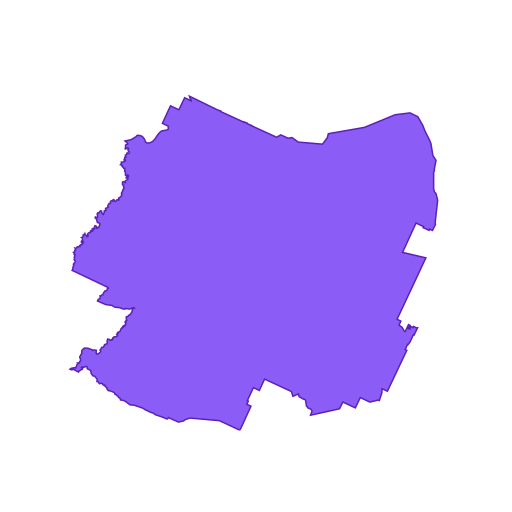 Gilgandra, New South Wales, Australia (orthographic projection), rotated 197°
{"feature_id": "25037944B57868667695206", "entity_name": "Gilgandra", "entity_type": "district", "adm_level": 2, "iso_a3": "AUS", "parent_name": "Australia", "parent_adm1": "New South Wales", "projection": "orthographic", "projection_center": [148.95, -31.633], "detail": "fine", "context": "isolated", "style": "filled", "palette": "violet", "viewbox_px": 512, "rotation_deg": 197, "n_neighbors": 0, "source": "geoboundaries", "source_scale": "gbopen_adm2", "svg_char_len": 6045}
<svg xmlns="http://www.w3.org/2000/svg" viewBox="0 0 512 512"><g transform="rotate(197 256 256)"><path d="M95.8,153.8L95.6,162.0L96.7,165.9L90.8,165.1L84.2,209.9L86.0,210.2L85.2,215.8L84.7,215.7L83.7,218.3L82.4,226.9L81.7,226.7L80.5,234.6L81.5,234.2L84.7,234.7L84.9,233.5L87.1,233.8L87.5,231.0L89.9,231.3L89.8,232.5L88.8,232.4L88.4,234.7L90.1,235.0L91.2,227.4L92.3,227.6L95.6,230.6L99.0,231.7L98.4,236.1L102.6,236.7L93.0,303.9L116.9,302.3L112.6,334.3L104.4,333.1L104.5,332.0L98.0,331.1L98.0,332.5L94.7,332.0L93.6,338.8L94.4,340.2L98.6,362.5L102.2,368.4L104.0,369.4L105.8,372.3L110.6,388.1L110.3,389.9L110.9,391.3L111.8,400.1L116.2,403.8L121.6,414.7L123.6,417.2L131.2,425.2L134.6,429.6L142.0,436.5L150.5,437.9L164.2,431.8L189.9,410.7L222.6,394.1L222.4,390.0L225.1,382.4L248.9,377.3L256.2,379.8L259.8,378.0L267.7,379.1L271.0,375.6L298.9,379.3L298.7,379.5L303.6,380.1L303.5,380.5L306.6,380.8L306.6,380.4L332.1,383.8L332.0,384.3L335.8,384.5L366.4,389.4L365.0,387.4L363.6,386.2L363.3,385.4L370.5,386.5L372.5,373.3L381.7,374.6L384.3,355.5L377.9,354.5L377.0,351.5L378.0,350.4L382.4,348.3L383.7,346.9L385.2,343.8L387.0,338.0L388.5,335.1L390.9,333.0L393.5,332.2L394.9,332.8L396.9,335.2L399.3,336.9L400.9,337.3L403.7,337.1L405.0,336.5L405.6,335.0L409.5,330.7L414.9,327.7L412.2,326.6L411.5,325.8L411.5,325.4L412.7,324.6L413.2,323.8L412.6,322.1L412.5,320.2L411.9,320.3L410.2,321.9L409.8,321.9L409.1,320.7L409.5,320.3L409.2,319.5L408.4,318.7L407.4,318.4L407.6,316.9L408.3,316.6L409.2,317.0L409.5,316.8L409.5,315.1L410.4,314.3L410.1,313.0L409.3,312.5L410.2,311.9L410.3,309.3L409.9,309.0L409.0,309.6L408.7,308.7L410.9,306.7L412.2,306.5L411.8,304.9L412.3,303.7L410.7,303.7L410.3,303.4L410.3,302.6L408.1,301.4L407.9,301.0L407.5,300.9L407.1,301.3L406.5,300.0L406.4,298.6L405.2,297.8L404.6,295.2L403.4,295.0L402.3,296.1L401.2,295.3L401.2,294.6L402.5,294.3L403.2,293.3L402.9,292.6L401.8,292.9L401.0,292.7L401.2,291.6L403.0,289.6L403.1,289.0L402.5,288.0L404.7,288.3L405.3,287.7L404.8,285.8L404.4,285.0L403.2,285.0L402.8,283.2L402.0,282.1L402.7,280.2L402.5,278.6L403.0,277.5L402.9,276.0L402.2,275.2L402.1,274.5L403.6,271.8L404.4,271.3L403.6,270.0L403.6,269.4L405.4,269.2L406.2,267.1L407.6,267.3L408.4,268.4L408.8,268.3L409.2,267.9L408.9,266.7L410.5,266.5L410.9,266.1L411.2,265.2L410.6,264.1L412.1,262.8L412.4,260.5L411.6,259.4L413.8,257.5L412.8,255.6L414.3,254.9L413.9,253.1L414.2,251.1L415.1,251.5L416.4,252.7L416.7,253.7L417.7,253.9L418.4,252.8L418.7,251.3L419.8,251.1L420.1,250.7L419.9,250.2L420.2,249.7L419.6,248.8L418.9,246.5L420.4,246.1L421.0,246.3L421.0,245.5L419.1,244.4L417.9,242.1L417.0,241.6L416.2,241.8L414.5,241.0L414.7,239.5L414.4,238.2L414.9,237.8L415.0,237.1L415.7,236.9L416.1,236.1L416.6,235.8L416.9,236.0L416.7,237.0L417.6,237.9L418.9,237.9L418.8,236.6L419.2,236.1L418.5,234.6L419.0,234.3L420.2,234.5L420.6,234.0L420.4,233.3L419.6,233.1L419.5,232.3L419.9,231.8L421.0,232.0L421.6,231.6L421.1,230.0L422.2,229.8L423.2,228.7L423.5,227.8L423.1,226.9L423.2,226.1L422.5,226.4L422.4,226.0L423.4,224.9L424.1,225.9L425.6,226.6L426.1,227.3L426.1,226.7L426.7,226.5L426.8,226.0L427.5,225.4L426.7,224.7L427.7,223.0L428.2,222.7L427.1,222.3L426.7,220.2L426.2,219.8L426.8,219.9L427.3,219.1L426.9,218.7L427.1,218.2L426.1,217.5L425.8,218.4L425.4,217.8L425.7,217.2L425.3,217.0L426.1,215.8L426.9,215.5L427.6,214.5L427.1,213.7L428.1,213.3L428.8,212.4L429.6,212.6L430.5,210.4L431.2,210.5L430.8,210.1L430.5,208.9L430.9,208.6L430.7,208.0L431.0,206.8L431.5,206.2L430.6,206.1L430.6,204.6L429.4,204.4L429.6,203.3L429.2,202.4L429.5,201.7L428.8,200.9L428.9,199.5L428.6,199.0L427.5,198.7L427.3,198.3L427.4,196.5L428.1,195.6L428.2,194.7L427.6,194.4L427.8,192.0L427.4,189.7L427.7,188.5L388.2,182.6L387.8,181.8L388.7,181.0L388.5,179.8L388.9,179.1L390.2,178.5L391.1,176.0L391.0,174.2L392.2,173.6L392.5,172.5L393.5,172.3L392.9,171.0L393.0,169.2L394.2,168.5L394.4,166.6L385.6,165.6L379.3,166.6L375.9,165.8L371.3,166.7L368.3,166.5L365.9,166.8L365.6,167.6L361.3,168.3L358.2,170.8L357.2,170.6L357.9,170.0L358.2,170.0L358.4,169.3L358.8,169.1L358.2,166.6L359.3,163.1L360.3,162.3L361.0,160.5L362.0,160.2L362.3,159.6L361.2,157.1L360.8,156.8L360.9,156.0L361.8,155.6L361.9,154.9L361.6,154.0L360.7,153.8L360.8,151.0L361.6,150.6L361.9,149.9L362.0,150.7L362.8,149.8L362.3,149.2L362.5,148.4L363.1,148.4L363.8,147.0L364.0,144.2L366.0,142.3L366.0,141.9L365.3,141.7L366.4,140.3L365.1,139.3L366.2,137.8L368.2,137.2L368.5,136.0L369.0,135.8L368.8,133.9L369.9,133.8L370.0,133.0L370.7,132.7L372.1,133.4L373.6,133.2L373.6,131.3L372.9,129.7L372.9,128.4L374.8,127.1L375.1,126.2L374.8,125.6L375.5,124.0L376.9,123.5L377.2,121.1L377.7,120.4L376.7,119.7L376.6,119.1L377.3,117.5L379.0,116.0L379.8,115.7L380.5,116.4L381.1,119.1L383.3,118.9L384.6,117.9L385.1,118.4L389.6,118.7L393.0,117.9L394.0,116.7L394.9,114.6L394.1,111.6L394.8,110.0L394.8,108.9L395.1,108.3L394.8,107.3L393.7,106.3L393.5,104.9L393.1,104.5L393.9,102.9L393.6,102.1L395.4,101.5L394.8,101.0L395.3,100.5L395.7,96.3L396.3,96.4L399.6,94.8L400.8,93.4L399.2,93.2L397.2,94.2L391.8,93.1L391.5,94.1L390.0,96.2L389.0,96.7L388.9,97.9L390.3,98.2L390.1,98.9L388.1,99.3L385.8,100.9L384.7,100.1L384.6,99.1L384.3,98.8L380.9,98.3L379.5,96.4L379.4,95.5L376.9,93.7L375.1,93.9L371.8,91.6L371.4,89.4L370.2,89.6L368.5,88.1L365.8,89.3L364.6,88.1L363.9,87.9L363.0,88.4L362.5,88.2L362.4,87.4L360.0,86.3L359.6,85.2L358.8,85.0L358.1,84.1L355.3,84.4L351.8,84.0L351.2,83.7L350.4,82.5L349.2,82.6L348.4,81.9L346.7,81.4L346.2,80.6L344.3,80.1L343.5,78.7L341.0,79.1L338.6,78.9L333.0,76.8L328.6,77.7L319.7,77.4L317.6,76.7L311.0,75.7L308.1,75.7L306.0,74.8L298.7,74.6L293.8,74.1L292.9,74.4L292.6,75.9L281.6,74.5L277.0,77.1L275.8,78.9L271.8,81.7L242.9,87.8L221.3,84.8L220.4,85.4L219.8,88.9L216.9,110.9L221.4,111.5L220.9,115.0L222.0,115.1L220.0,129.3L213.5,128.4L211.8,140.8L182.9,136.8L182.3,136.4L179.7,132.6L175.0,136.5L173.7,134.1L169.0,133.0L167.6,133.1L166.4,132.5L164.0,127.4L161.7,125.8L158.9,125.6L157.5,124.7L157.1,123.7L157.3,119.7L131.4,134.3L130.3,141.7L116.6,139.8L114.9,151.1L104.4,149.6L96.9,154.0L95.8,153.8Z" fill="#8b5cf6" stroke="#5b21b6" stroke-width="1.5"/></g></svg>